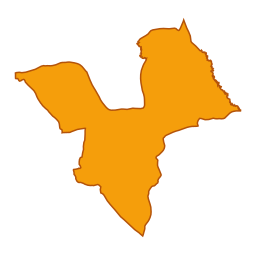 Kamchay Mear, Prey Vêng, Cambodia
{"feature_id": "14789045B61124482761817", "entity_name": "Kamchay Mear", "entity_type": "district", "adm_level": 2, "iso_a3": "KHM", "parent_name": "Cambodia", "parent_adm1": "Prey Vêng", "projection": "robinson", "projection_center": [105.67, 11.575], "detail": "fine", "context": "isolated", "style": "filled", "palette": "amber", "viewbox_px": 256, "rotation_deg": 0, "n_neighbors": 0, "source": "geoboundaries", "source_scale": "gbopen_adm2", "svg_char_len": 5742}
<svg xmlns="http://www.w3.org/2000/svg" viewBox="0 0 256 256"><path d="M240.0,109.8L239.5,110.0L239.3,109.4L239.4,108.9L239.0,108.2L238.4,108.7L238.0,107.7L238.2,107.2L238.0,106.9L238.0,106.5L237.6,106.4L237.2,105.9L236.2,105.8L235.7,106.3L235.2,106.1L234.8,105.9L234.9,105.5L234.7,105.1L234.4,105.6L234.1,105.4L233.6,105.4L233.3,105.7L232.9,105.2L232.9,104.7L232.5,104.2L232.4,104.9L231.7,104.5L231.3,104.9L230.8,104.6L230.7,104.3L231.3,103.9L230.4,102.4L230.1,102.6L229.8,102.5L229.7,102.0L230.2,101.8L229.8,100.2L229.8,99.3L229.0,99.0L228.6,98.5L228.0,98.5L227.5,98.2L227.3,97.9L227.2,97.4L226.9,97.1L226.8,96.3L226.9,95.7L227.1,95.4L227.4,95.9L227.8,95.8L227.8,94.2L227.4,94.4L227.1,94.0L227.1,93.6L226.8,93.2L226.4,93.3L226.0,93.9L225.2,94.1L224.9,93.3L225.3,93.4L225.4,92.5L224.2,92.5L224.1,91.9L224.5,91.6L224.4,91.1L223.8,91.1L223.3,90.9L222.6,90.6L222.5,90.0L221.0,89.5L220.1,88.0L220.8,87.6L221.2,86.6L220.6,86.4L219.7,86.9L219.8,86.3L219.6,85.7L218.8,85.3L218.5,85.5L217.9,86.1L217.6,84.6L217.9,84.1L218.5,84.6L218.9,83.3L218.9,82.8L218.4,83.0L217.9,83.0L218.3,82.6L217.5,81.9L217.2,81.9L217.2,82.4L216.9,82.7L216.5,82.5L215.7,81.3L216.3,80.7L215.8,80.2L215.4,80.0L215.2,80.6L214.8,80.6L214.6,80.1L214.0,79.2L213.4,78.7L213.4,78.2L214.1,77.9L213.9,77.4L214.4,77.0L214.1,76.3L213.7,76.0L213.3,76.4L212.7,76.7L212.4,76.1L212.9,75.9L212.9,75.3L212.6,75.3L213.1,73.9L213.0,73.2L212.1,72.0L211.1,71.6L211.0,71.2L211.4,71.2L211.8,70.8L212.1,70.0L213.2,70.8L213.4,70.5L212.6,69.7L212.5,69.2L212.8,68.9L213.2,68.7L212.7,68.1L211.9,68.0L211.5,67.8L211.9,67.0L211.9,66.5L211.0,66.2L211.4,65.6L211.6,65.1L211.5,64.7L212.1,64.1L211.9,63.6L211.6,63.2L211.6,62.7L211.3,62.1L211.4,61.3L211.1,60.9L210.5,61.0L210.4,60.3L209.8,60.4L209.0,60.9L207.2,60.0L207.8,59.4L207.0,58.3L206.6,58.0L206.8,57.6L207.2,57.5L207.6,57.1L207.5,56.0L206.6,56.4L206.2,56.1L206.5,55.7L205.6,54.2L206.0,53.9L206.3,53.8L206.1,52.9L205.2,53.1L204.9,52.3L204.4,52.5L204.0,52.5L203.8,52.0L202.9,52.4L202.4,52.3L202.0,51.7L201.9,50.7L201.5,50.3L201.4,50.7L200.4,50.8L199.7,50.4L199.0,49.5L195.7,46.0L191.9,42.7L191.0,41.5L190.3,36.0L188.7,32.0L186.7,27.9L183.7,20.0L183.2,21.6L180.3,28.4L179.1,30.3L178.6,30.5L177.2,29.8L176.0,28.6L174.5,28.2L169.1,28.8L163.5,28.5L159.8,28.7L152.8,29.9L150.9,30.7L149.6,32.1L148.2,33.9L146.0,35.5L140.6,38.6L139.5,39.6L138.9,40.9L138.3,41.2L138.0,41.5L138.4,42.3L139.1,42.7L138.6,43.0L138.1,42.7L137.9,43.3L137.4,43.2L137.0,43.6L137.3,44.1L137.8,43.9L138.1,44.7L138.3,45.4L138.8,45.7L139.0,46.2L139.4,46.0L139.8,46.6L140.4,47.1L141.1,46.8L141.3,47.2L141.2,47.5L140.8,48.3L141.1,48.8L140.8,49.1L140.8,49.7L141.1,49.8L141.5,49.4L141.6,49.9L141.1,50.3L141.3,50.8L141.1,52.8L140.8,53.1L141.4,53.4L141.2,54.2L141.0,54.6L141.1,55.1L139.9,55.4L139.9,55.9L140.7,57.0L141.2,57.1L141.9,56.8L142.1,58.0L142.4,58.2L143.4,58.4L144.0,58.1L144.7,57.6L145.2,57.8L145.3,58.6L145.8,58.8L146.5,58.4L146.2,60.0L143.7,64.3L142.9,66.2L141.4,70.4L140.7,74.7L140.6,78.8L141.0,82.9L142.4,90.6L143.6,94.0L144.3,97.0L144.5,99.6L144.6,104.2L144.5,105.7L144.1,106.8L143.1,108.1L140.6,108.6L135.0,108.4L132.8,108.2L127.2,109.4L123.4,109.1L121.2,109.1L115.3,110.1L111.0,110.2L109.0,109.6L107.5,108.6L105.7,106.8L102.3,102.6L100.6,100.0L99.1,96.8L95.1,89.8L94.1,88.2L92.1,84.8L90.0,80.1L86.8,72.0L85.9,71.2L83.4,68.1L82.0,66.5L80.2,65.0L79.0,64.3L77.6,63.7L75.8,63.2L74.1,62.8L69.8,62.1L67.9,62.1L65.6,62.4L62.2,62.5L60.6,62.8L55.8,64.8L52.4,65.6L50.5,65.8L47.4,65.7L44.9,65.9L43.8,65.6L41.3,66.2L35.3,69.3L25.8,72.2L21.8,72.7L19.2,72.3L16.4,72.6L15.4,73.0L15.5,74.0L15.5,77.2L15.6,78.5L16.3,78.7L17.3,78.5L18.0,78.9L18.8,80.4L19.5,81.1L20.8,80.8L22.1,79.9L23.5,79.4L24.2,79.6L24.8,80.4L25.4,82.1L27.8,84.8L33.9,90.6L35.6,93.4L37.0,96.9L38.0,98.9L40.7,103.1L41.5,104.0L42.6,105.6L45.6,108.5L47.7,110.2L48.8,111.8L52.7,116.1L54.7,117.6L56.5,119.3L58.6,121.7L59.3,123.8L59.8,127.9L60.3,128.9L61.8,129.6L62.2,131.2L62.1,132.8L62.9,132.6L69.8,132.4L71.6,131.6L77.2,129.5L80.5,128.9L84.9,128.3L85.4,128.4L85.1,130.7L85.1,134.0L84.8,140.1L83.9,142.5L83.4,146.4L83.5,149.5L82.6,153.0L82.1,156.4L81.9,157.1L80.4,157.6L79.5,159.5L79.2,161.8L79.2,164.3L80.3,165.9L80.8,167.7L79.9,168.4L78.8,168.2L78.3,168.6L76.0,169.2L73.6,169.5L73.4,170.0L74.0,172.2L74.1,174.5L75.0,175.4L75.8,177.2L75.8,178.8L76.9,181.1L78.1,182.2L79.0,182.5L80.4,182.4L81.3,182.6L83.5,183.4L84.9,184.2L87.8,185.2L90.3,185.5L92.4,185.4L93.6,185.6L97.7,184.5L98.9,185.0L100.8,186.8L100.3,189.6L100.8,192.9L102.0,193.4L102.9,194.0L104.0,195.2L107.3,200.8L110.0,204.2L115.5,210.5L120.6,216.7L124.1,219.7L134.7,229.6L139.1,232.8L140.6,234.2L142.7,236.0L143.2,234.7L143.9,232.0L144.4,230.4L144.8,228.7L144.8,226.3L145.0,225.7L145.5,224.8L148.3,221.0L148.9,220.0L150.0,217.6L150.9,214.6L151.1,211.9L150.8,207.1L150.1,204.4L148.4,199.0L147.9,196.4L148.0,195.7L148.7,193.7L148.7,191.5L149.1,190.4L150.4,188.3L151.8,186.5L152.7,186.1L154.3,185.8L154.9,185.4L156.6,183.7L157.7,182.9L158.0,181.9L158.1,181.2L157.8,180.6L158.3,179.4L158.8,178.4L159.8,177.3L160.5,176.3L161.0,175.5L161.1,174.8L160.9,174.1L159.4,170.3L158.0,167.1L157.5,165.3L157.6,161.9L157.8,160.3L157.4,159.5L156.3,158.5L156.0,157.5L156.4,156.6L157.3,155.8L158.6,155.1L159.7,154.1L162.3,151.5L163.4,150.1L164.2,148.5L164.6,146.9L164.7,145.5L163.7,142.1L163.2,139.1L163.3,138.2L163.7,137.7L164.4,137.1L165.2,136.0L166.2,135.3L173.0,132.2L176.0,131.1L178.6,130.4L187.0,127.4L189.4,126.8L192.0,126.4L196.0,126.3L197.3,126.2L198.1,125.9L197.4,123.6L197.5,122.2L198.2,120.3L199.6,118.4L200.1,118.4L201.5,118.6L205.1,119.7L208.8,119.5L213.3,118.2L215.3,118.7L217.2,118.8L219.2,118.6L221.5,118.8L223.4,118.6L224.7,118.1L229.7,113.2L231.7,111.9L233.8,111.3L236.2,110.9L240.5,110.9L240.6,110.1L240.0,109.8Z" fill="#f59e0b" stroke="#b45309" stroke-width="1.5"/></svg>